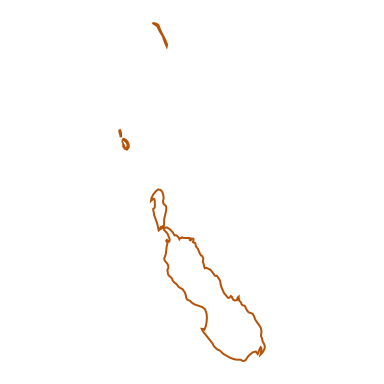 the border of North Solomons
{"feature_id": "PNG-1245", "entity_name": "North Solomons", "entity_type": "Province", "adm_level": 1, "iso_a3": "PNG", "parent_name": "Papua New Guinea", "parent_adm1": "", "projection": "natural_earth1", "projection_center": [155.03, -5.041], "detail": "fine", "context": "isolated", "style": "outline", "palette": "amber", "viewbox_px": 384, "rotation_deg": 0, "n_neighbors": 0, "source": "natural_earth", "source_scale": "10m", "svg_char_len": 3610}
<svg xmlns="http://www.w3.org/2000/svg" viewBox="0 0 384 384"><path d="M262.1,339.2L262.6,341.3L264.5,344.9L264.8,347.2L264.3,349.3L263.2,351.4L261.8,353.3L260.4,354.7L261.3,350.5L261.4,348.2L260.7,347.2L260.0,348.1L257.7,354.0L255.8,351.5L252.8,352.3L249.9,354.6L247.9,356.6L246.0,359.6L245.0,360.6L243.3,361.0L242.4,360.8L241.0,359.9L240.0,359.7L236.5,359.7L233.1,358.9L229.6,357.5L223.5,354.0L220.1,350.8L219.4,350.3L218.1,349.9L216.6,348.9L214.2,346.5L213.5,345.5L212.5,343.4L202.9,331.3L201.7,328.8L203.2,328.9L203.8,329.0L204.4,329.5L205.8,326.3L206.6,322.1L206.9,317.6L206.6,313.7L205.1,309.4L202.4,307.1L194.5,304.4L191.6,302.5L189.9,300.8L188.1,300.0L187.3,299.5L186.5,298.6L186.3,298.0L186.0,296.0L184.8,292.3L183.4,290.5L183.2,290.0L182.6,289.2L178.9,287.2L176.6,284.2L174.6,282.7L173.5,281.6L172.6,280.4L172.3,279.3L171.6,278.0L168.6,275.4L167.9,273.6L167.8,272.6L167.5,270.8L167.4,269.8L167.9,268.9L168.3,268.1L168.4,267.0L168.0,265.0L167.2,263.5L165.2,261.3L164.6,260.1L164.3,259.4L164.2,258.8L164.4,257.9L165.8,254.1L166.7,246.3L167.3,244.4L167.5,242.7L166.3,241.1L166.3,240.5L166.6,240.3L166.6,240.2L166.9,239.9L168.3,241.4L169.0,241.7L169.5,241.1L169.7,239.6L169.3,238.2L168.7,236.9L168.4,235.8L167.5,233.7L164.0,229.8L164.2,227.8L166.8,227.4L170.1,229.5L173.0,232.7L174.5,235.4L175.8,235.2L177.3,236.0L178.6,237.6L179.4,239.2L179.9,238.3L180.5,238.0L181.2,238.1L182.1,237.3L183.0,237.8L184.1,238.0L189.4,238.0L190.3,238.3L189.7,239.2L189.7,239.9L190.6,240.4L191.0,239.9L191.3,239.1L191.9,238.6L193.1,238.6L193.5,239.0L193.5,239.7L193.5,240.5L193.0,241.5L192.9,242.1L193.3,242.4L194.9,243.0L195.1,243.0L195.6,244.2L195.9,246.3L198.0,249.0L199.7,253.3L200.9,255.3L201.3,255.6L201.9,255.9L202.2,256.2L202.8,257.4L203.1,257.8L203.3,258.7L202.8,261.9L203.5,263.4L204.2,266.8L204.9,268.3L206.2,267.8L207.4,268.3L208.8,269.1L210.2,269.5L214.1,274.5L214.3,274.9L214.6,275.3L215.3,275.8L215.6,275.9L216.5,275.7L216.9,275.8L217.4,276.3L218.3,278.0L219.4,279.5L220.1,280.8L220.9,285.6L221.2,286.6L223.9,292.9L227.9,297.7L228.4,297.9L229.4,297.7L230.1,297.0L230.8,296.0L231.8,296.7L232.3,298.1L233.2,299.7L234.9,300.5L236.9,300.2L237.3,299.2L237.5,297.8L238.7,296.7L238.7,297.3L238.5,297.7L238.4,298.1L238.6,298.5L239.2,299.2L238.9,300.2L240.9,302.4L241.7,304.5L242.3,305.0L243.1,305.4L243.9,305.5L244.7,305.9L245.4,307.0L246.3,309.2L247.2,310.7L248.2,311.9L249.4,312.7L250.9,313.0L252.6,313.8L253.8,315.8L255.5,320.0L257.3,322.7L259.2,325.2L260.8,327.9L261.5,331.3L261.4,332.4L261.1,334.2L261.0,335.1L261.2,336.2L261.9,338.3L262.1,339.2ZM166.3,207.6L166.2,210.5L164.2,219.0L164.0,225.0L163.3,227.5L161.5,228.5L161.9,226.6L160.7,227.1L160.2,228.2L159.7,229.5L158.7,230.4L157.3,224.0L154.1,214.9L153.8,212.4L153.2,210.2L153.2,208.9L154.1,208.3L154.6,207.6L154.9,206.1L154.8,201.1L154.4,199.2L153.3,198.8L151.1,200.8L151.6,197.7L153.4,194.3L155.9,191.3L158.1,189.4L160.7,190.0L162.5,192.4L163.4,195.6L163.6,198.2L163.1,201.0L163.1,202.4L163.6,203.9L164.4,204.7L165.2,205.3L165.9,206.0L166.3,207.6ZM159.5,28.2L161.4,32.5L165.4,40.3L167.1,44.7L166.7,46.5L164.4,41.1L162.8,36.2L159.8,31.3L157.3,26.2L152.5,23.0L155.8,23.5L158.4,24.9L159.5,28.2ZM123.8,138.9L126.0,140.0L127.7,142.0L128.7,144.6L128.7,147.2L127.0,149.6L124.8,148.8L123.2,146.4L123.2,144.0L123.7,144.9L124.4,147.0L124.9,147.7L125.8,148.4L126.3,148.3L127.3,146.9L127.7,144.7L126.5,142.5L124.7,140.6L123.2,139.6L123.0,139.8L122.9,140.0L122.7,140.2L122.8,139.5L123.0,139.2L123.8,138.9ZM120.5,136.4L120.2,134.5L119.5,132.5L119.2,130.8L120.0,130.1L120.5,131.0L120.9,132.7L121.1,136.4L120.5,136.4Z" fill="none" stroke="#b45309" stroke-width="2"/></svg>